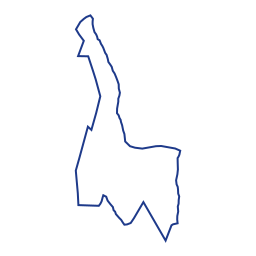 outline of Nova Londrina, Paraná, Brazil
{"feature_id": "56859067B43615120098255", "entity_name": "Nova Londrina", "entity_type": "district", "adm_level": 2, "iso_a3": "BRA", "parent_name": "Brazil", "parent_adm1": "Paraná", "projection": "equal_earth", "projection_center": [-52.953, -22.751], "detail": "fine", "context": "isolated", "style": "outline", "palette": "blue", "viewbox_px": 256, "rotation_deg": 0, "n_neighbors": 0, "source": "geoboundaries", "source_scale": "gbopen_adm2", "svg_char_len": 1354}
<svg xmlns="http://www.w3.org/2000/svg" viewBox="0 0 256 256"><path d="M76.0,29.3L79.1,34.5L83.8,40.8L78.1,56.1L88.2,56.3L93.2,71.5L95.7,79.4L100.3,96.3L96.2,112.9L91.4,129.9L87.9,126.7L79.5,157.5L75.8,170.6L77.8,193.2L78.4,205.1L98.8,205.8L100.4,203.7L101.6,201.3L102.7,197.2L103.3,195.3L106.2,196.7L107.6,200.6L110.4,204.2L112.9,207.1L113.6,210.2L115.1,211.7L115.9,214.1L119.2,217.9L121.2,219.9L122.8,222.5L124.4,224.7L127.1,224.4L130.7,223.0L132.0,221.1L134.0,218.1L143.4,202.1L165.6,240.6L171.5,225.3L173.1,224.3L177.6,223.3L177.2,219.5L177.3,216.0L178.2,211.6L177.8,206.5L178.6,203.7L178.7,200.1L179.2,196.4L178.2,193.6L178.0,189.2L177.7,186.8L176.6,184.4L176.1,180.3L177.4,174.2L177.9,169.5L177.7,162.9L177.6,158.1L178.6,156.5L179.4,154.6L180.2,150.7L175.2,148.5L161.2,146.0L156.0,146.2L142.3,148.6L135.0,147.7L130.0,146.2L125.2,141.5L124.4,134.0L123.2,130.6L122.1,125.2L121.0,122.0L120.6,119.8L119.5,118.0L118.7,115.4L117.0,113.2L117.1,108.6L118.3,101.7L118.3,98.7L119.4,95.6L119.9,92.7L118.8,88.6L118.7,84.3L117.5,80.8L116.1,77.1L114.6,73.5L112.8,70.8L111.7,66.8L110.4,64.8L108.4,62.0L107.8,59.0L106.6,54.9L105.2,52.9L103.3,47.9L102.3,45.9L101.0,43.9L99.6,40.3L97.7,39.2L97.1,36.6L96.1,34.3L94.5,32.1L93.3,27.8L92.6,24.2L92.6,21.8L92.9,18.7L90.4,15.4L86.4,17.0L83.8,18.9L80.3,22.0L76.0,29.3Z" fill="none" stroke="#1e3a8a" stroke-width="2"/></svg>